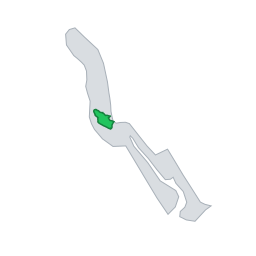 Niamina East, Central River, Gambia shown in context, rotated 238°
{"feature_id": "56634734B42374489083147", "entity_name": "Niamina East", "entity_type": "district", "adm_level": 2, "iso_a3": "GMB", "parent_name": "Gambia", "parent_adm1": "Central River", "projection": "albers", "projection_center": [-15.05, 13.638], "detail": "fine", "context": "in_parent", "style": "filled", "palette": "green", "viewbox_px": 256, "rotation_deg": 238, "n_neighbors": 0, "source": "geoboundaries", "source_scale": "gbopen_adm2", "svg_char_len": 2611}
<svg xmlns="http://www.w3.org/2000/svg" viewBox="0 0 256 256"><g transform="rotate(238 128 128)"><path d="M33.6,116.2L53.0,115.5L76.4,115.9L102.0,116.4L114.0,116.6L120.3,105.5L132.3,100.6L144.6,98.8L151.0,99.3L157.8,101.0L170.8,110.1L178.9,112.1L185.7,114.2L190.6,118.6L198.3,123.0L204.5,124.2L208.1,123.5L214.1,121.8L218.1,120.4L231.0,119.8L240.6,124.8L242.6,130.4L241.0,136.1L228.3,139.2L210.5,144.0L195.9,141.5L178.0,135.0L167.6,130.3L163.2,128.5L156.7,125.5L151.0,122.3L145.6,120.3L141.4,118.9L138.3,120.6L136.7,124.5L134.2,128.9L131.0,131.5L116.1,133.1L102.7,134.6L95.5,136.0L90.6,137.0L89.1,150.3L73.9,150.1L58.9,149.8L43.4,150.0L26.8,150.1L22.5,152.8L17.9,157.2L17.5,150.5L13.4,135.4L19.1,128.8L25.4,124.9L29.5,128.1L30.7,134.2L33.9,138.5L44.8,141.2L55.7,139.3L62.3,140.2L62.1,136.8L64.4,132.3L77.5,130.4L91.4,129.1L105.7,126.5L116.9,126.6L120.2,125.8L119.4,124.7L109.4,123.3L88.0,126.4L66.1,127.3L49.6,135.4L42.8,134.6L36.0,126.3L33.6,116.2Z" fill="#d9dde1" stroke="#a8b0b8" stroke-width="1"/><path d="M154.2,114.5L154.2,114.4L154.3,114.4L154.5,114.4L154.6,114.5L154.8,114.1L155.3,113.5L155.5,113.3L155.6,113.2L156.3,112.6L156.7,112.4L157.0,112.3L157.5,112.3L157.9,112.2L158.2,112.1L158.3,112.1L158.6,111.9L159.1,111.3L159.3,111.3L159.5,111.2L159.8,111.1L160.0,111.0L160.3,110.9L160.5,110.8L160.8,110.5L160.9,110.3L161.0,109.9L161.1,109.6L161.2,109.0L161.1,108.7L160.7,108.1L160.1,107.8L159.9,107.6L158.6,107.5L157.6,107.3L157.0,107.2L156.9,107.3L156.8,107.2L156.1,106.9L155.6,107.0L154.9,107.3L153.8,107.7L153.7,107.8L153.4,107.8L152.9,108.0L152.8,107.9L152.7,108.0L152.0,107.5L151.9,107.4L151.0,106.8L150.7,106.7L150.2,106.5L149.8,106.3L149.7,106.2L149.4,106.1L149.3,105.8L149.2,105.8L149.0,105.7L148.8,105.7L147.5,106.0L147.4,106.1L147.0,106.3L146.7,106.4L146.3,106.6L145.4,107.1L144.3,107.7L144.2,107.9L143.6,108.1L143.3,108.2L143.1,108.3L142.9,108.4L142.6,108.7L142.3,108.9L141.7,109.3L141.3,109.6L140.8,109.8L140.7,110.0L139.4,110.7L139.2,110.8L138.8,111.0L138.5,111.2L138.1,111.4L137.9,111.5L137.2,112.2L136.9,112.3L136.6,112.4L137.0,113.2L136.4,113.6L136.9,114.6L137.0,114.7L137.7,115.2L138.9,115.9L139.1,116.1L139.3,116.5L139.5,116.8L139.7,117.1L140.4,118.3L140.9,119.4L141.0,119.3L142.0,118.7L142.5,118.3L143.7,117.0L143.8,116.9L144.0,116.7L145.5,116.7L146.8,116.7L147.0,116.7L147.1,118.0L147.3,118.9L147.4,119.3L147.5,119.3L147.6,119.1L147.7,118.9L147.8,118.8L148.5,118.2L149.3,117.5L149.4,117.4L149.6,117.2L149.9,116.8L150.0,116.8L150.3,116.1L150.4,115.8L150.5,115.6L151.8,115.3L152.6,115.2L152.9,115.1L153.6,114.9L154.2,114.5Z" fill="#22c55e" stroke="#15803d" stroke-width="1.5"/></g></svg>